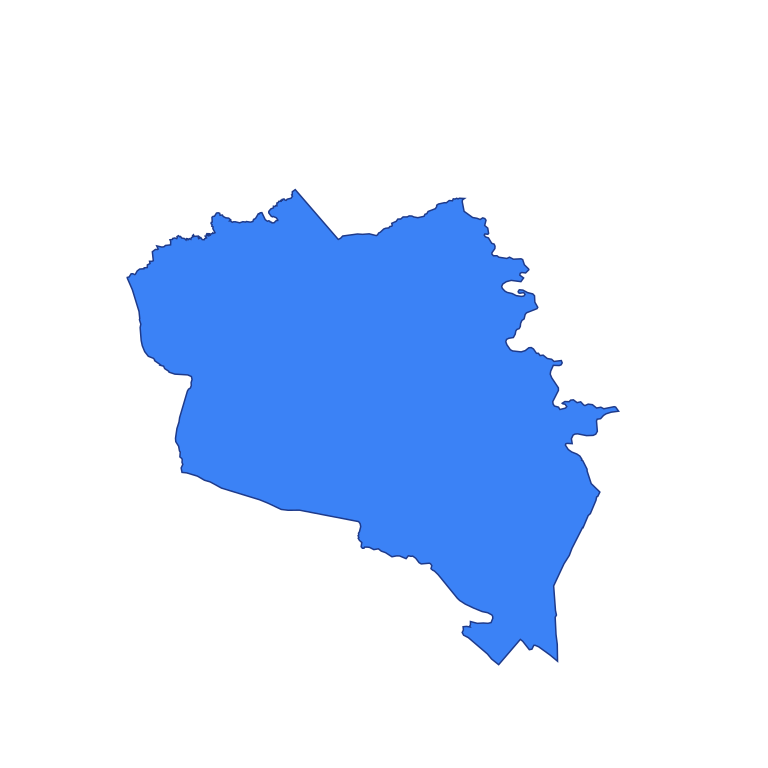 the district of Kompienga, Kompienga, Burkina Faso, rotated 296°
{"feature_id": "67063806B63358793036390", "entity_name": "Kompienga", "entity_type": "district", "adm_level": 2, "iso_a3": "BFA", "parent_name": "Burkina Faso", "parent_adm1": "Kompienga", "projection": "equal_earth", "projection_center": [0.936, 11.436], "detail": "fine", "context": "isolated", "style": "filled", "palette": "blue", "viewbox_px": 768, "rotation_deg": 296, "n_neighbors": 0, "source": "geoboundaries", "source_scale": "gbopen_adm2", "svg_char_len": 6171}
<svg xmlns="http://www.w3.org/2000/svg" viewBox="0 0 768 768"><g transform="rotate(296 384 384)"><path d="M216.0,241.2L217.6,245.5L219.4,256.7L218.8,264.8L219.8,270.7L219.2,283.6L225.4,322.7L226.0,331.4L226.2,346.6L228.5,353.2L233.5,363.2L249.2,421.5L248.0,423.8L245.6,425.6L240.4,426.7L238.7,426.5L237.1,427.5L236.3,427.2L235.0,428.7L234.1,428.4L232.6,430.6L231.8,433.5L227.7,434.8L226.9,436.6L227.6,438.0L228.8,438.0L230.0,440.3L230.8,442.6L230.7,447.5L233.4,451.2L232.6,454.8L233.1,459.3L232.2,466.9L235.0,470.6L236.3,473.4L236.7,480.4L240.3,481.2L240.9,483.7L241.9,485.3L241.3,488.9L238.8,493.8L238.6,496.3L242.8,503.3L242.9,504.5L241.7,506.6L238.6,507.2L238.0,509.3L238.0,511.3L236.4,516.2L223.6,543.8L222.6,546.9L221.8,553.5L221.9,562.8L222.5,572.0L223.9,577.5L223.7,582.2L222.8,583.5L221.1,584.5L216.5,584.8L214.5,582.4L212.7,578.0L209.8,572.8L208.4,565.8L205.6,567.2L203.8,567.2L203.4,567.9L202.3,564.4L200.5,561.5L197.7,563.2L194.9,563.2L193.1,565.7L193.0,571.0L186.7,595.3L184.0,601.2L182.0,610.1L214.2,618.5L213.6,621.4L208.9,631.1L210.5,633.2L214.8,633.2L215.4,634.4L215.6,638.2L213.2,652.0L210.9,661.5L225.9,653.9L234.3,648.4L249.4,640.1L251.9,640.3L255.6,637.4L276.9,625.0L301.3,624.6L311.1,625.7L318.6,625.0L342.1,625.4L342.1,625.9L355.3,625.2L358.0,626.3L372.4,625.5L375.7,624.6L376.7,625.4L381.5,625.4L385.3,613.9L394.7,604.8L396.5,603.8L402.2,596.3L402.1,595.0L403.1,594.9L405.1,591.6L405.6,588.1L405.2,582.5L405.9,578.3L408.6,573.8L409.9,573.6L410.9,574.6L412.9,579.3L417.0,576.4L421.1,576.4L422.7,577.6L424.1,579.9L426.4,588.7L429.5,594.5L431.7,596.3L435.0,596.5L443.9,591.2L445.8,591.0L447.8,593.9L452.0,595.1L454.6,596.7L458.3,600.6L462.4,606.8L464.8,602.3L464.5,600.8L458.1,592.4L458.2,589.1L455.6,585.6L456.8,580.4L455.4,576.3L452.7,574.1L452.7,572.6L454.2,568.6L451.9,565.7L452.8,561.2L451.3,558.8L449.3,558.2L447.5,554.2L444.8,552.6L444.6,553.5L445.2,555.6L443.8,558.2L441.9,557.7L438.2,553.3L439.7,551.0L438.9,546.8L440.1,544.8L442.1,543.4L454.7,543.6L457.0,542.4L463.1,532.0L465.7,529.1L468.6,528.2L475.0,528.0L477.4,533.4L478.9,534.8L481.1,534.9L482.8,533.1L478.8,526.9L479.7,523.8L478.5,519.6L479.7,514.4L478.0,511.8L479.3,509.3L478.4,507.6L481.0,503.0L481.3,500.4L480.1,498.3L475.9,496.3L473.0,493.2L470.1,485.1L470.2,482.5L473.1,477.3L475.4,474.9L477.8,474.6L479.8,476.1L482.5,479.9L486.2,480.1L489.6,479.2L491.4,479.6L493.0,481.2L495.4,481.3L498.4,480.2L501.6,480.1L503.9,481.4L508.4,480.4L510.5,480.9L518.8,488.5L520.3,488.6L523.7,483.7L529.3,480.6L530.2,478.2L529.1,473.0L529.3,467.7L528.0,464.3L526.0,464.0L525.0,464.9L525.1,466.3L527.4,469.5L526.3,471.5L524.3,471.1L522.9,469.0L521.4,464.1L521.5,459.6L520.3,454.5L520.5,451.9L521.8,448.5L523.2,447.0L525.9,446.9L529.6,449.1L532.9,452.9L536.0,462.2L540.5,463.0L541.4,458.3L543.2,457.9L544.6,458.9L545.9,462.6L550.2,464.1L550.8,463.5L552.7,457.9L556.6,454.1L556.6,452.3L552.9,445.6L553.0,441.2L550.7,439.4L548.3,431.6L548.8,429.3L547.2,426.1L548.1,424.0L549.4,423.5L554.3,424.3L556.5,423.4L558.0,421.7L557.7,419.1L561.1,413.8L560.7,410.6L561.8,408.8L563.1,408.9L564.1,411.7L565.2,412.0L569.6,408.9L570.6,405.0L575.9,403.9L576.9,402.1L576.6,399.9L574.0,398.3L573.7,394.9L572.5,390.7L574.3,380.3L582.0,374.5L583.9,373.8L586.0,375.0L584.0,370.3L582.8,369.4L582.8,367.9L581.4,366.8L580.8,365.1L578.7,365.2L577.5,362.2L574.2,360.6L573.5,358.9L569.6,354.0L567.8,353.0L566.4,353.6L564.1,353.3L558.4,348.0L555.8,347.8L554.5,346.4L552.3,346.5L548.3,341.5L547.2,337.5L547.2,335.5L546.1,332.9L544.4,331.7L542.5,327.9L539.6,326.7L538.3,324.1L535.6,323.7L531.8,320.5L530.3,321.8L529.2,321.8L528.1,320.2L526.4,319.9L524.7,317.2L523.2,315.8L518.7,314.1L517.4,313.0L515.2,312.8L514.0,312.0L512.5,304.9L509.1,299.1L507.2,294.4L498.9,282.0L496.0,281.1L493.9,279.5L519.8,219.0L516.6,217.3L514.1,218.5L513.5,218.1L512.7,219.4L510.2,219.0L507.7,216.0L506.1,215.5L505.9,214.5L506.5,213.0L504.7,211.0L505.0,211.7L504.6,212.1L503.8,210.8L503.1,211.4L502.1,209.4L500.6,209.3L499.7,208.4L497.2,209.6L497.0,208.5L495.9,208.3L495.3,206.7L493.8,207.4L491.7,205.5L488.7,204.8L487.3,205.4L485.3,209.2L485.4,210.6L486.0,211.0L486.2,214.4L485.0,216.5L484.4,216.8L483.6,215.5L480.7,214.5L479.7,212.7L480.1,212.0L479.7,210.7L480.2,210.1L480.2,208.9L479.2,208.0L479.6,205.3L484.5,199.1L483.6,197.6L482.2,197.3L482.0,196.4L476.9,196.0L474.9,195.1L474.8,194.6L472.6,194.9L470.9,193.0L469.7,189.0L468.9,188.7L468.0,186.0L465.6,183.6L464.6,179.2L463.7,177.4L463.0,177.1L462.9,176.1L463.3,175.0L462.9,173.7L464.3,174.3L465.0,171.7L464.0,168.9L464.1,166.0L465.0,164.7L463.8,162.7L465.4,161.5L465.2,159.9L464.2,158.5L460.5,158.1L459.6,156.8L458.4,156.3L454.3,158.6L453.5,157.9L452.3,158.3L451.9,159.6L450.3,160.1L450.3,161.5L448.6,162.1L445.9,165.8L444.6,164.6L444.8,163.8L443.9,163.7L442.7,162.3L441.7,162.7L441.2,162.2L441.6,161.0L442.4,160.9L441.5,158.9L440.6,158.9L440.7,160.3L440.2,160.9L440.1,160.1L438.5,158.4L437.5,160.4L436.0,159.1L434.8,159.1L434.1,157.3L435.2,155.3L433.4,153.7L434.0,153.0L435.1,154.1L435.4,153.8L435.1,152.8L435.6,152.4L433.5,148.7L434.6,147.3L433.4,146.9L432.6,147.8L431.2,146.7L429.3,147.0L429.4,145.5L427.8,144.7L428.5,144.0L428.2,142.9L426.6,143.0L427.3,141.0L426.5,138.3L427.4,136.4L426.8,135.8L427.2,134.2L425.7,133.3L425.0,134.0L423.8,134.0L423.5,131.9L422.2,130.3L421.2,130.5L419.8,128.4L418.6,129.8L415.5,131.2L412.7,126.8L410.9,126.1L409.7,124.3L408.5,119.2L406.3,121.9L405.6,121.5L404.8,119.6L401.3,117.8L393.7,122.6L392.6,121.7L391.5,119.5L389.7,120.9L387.3,119.1L384.9,120.2L383.3,117.5L382.4,117.8L380.2,114.0L377.4,112.6L373.6,112.4L373.1,112.1L373.0,110.0L372.2,108.4L368.5,108.0L367.2,106.5L366.5,107.0L358.4,116.5L341.7,132.1L335.7,135.8L334.6,136.0L331.2,139.2L327.8,140.1L316.6,146.7L312.4,150.0L308.2,154.7L305.6,160.0L306.0,165.5L305.3,167.1L304.4,167.6L303.3,174.6L302.7,174.4L303.4,178.1L301.7,180.1L301.1,184.8L300.4,185.6L301.2,191.7L306.1,203.5L306.3,207.6L303.9,209.5L300.7,210.0L298.1,211.5L295.4,211.7L293.7,210.6L291.5,210.4L264.3,215.0L260.0,216.4L253.2,217.4L243.8,220.4L240.9,222.1L238.0,226.7L234.2,229.5L233.5,230.7L229.0,232.5L228.4,234.8L227.6,235.8L225.0,236.8L223.6,238.4L219.6,238.5L216.0,241.2Z" fill="#3b82f6" stroke="#1e3a8a" stroke-width="1.5"/></g></svg>